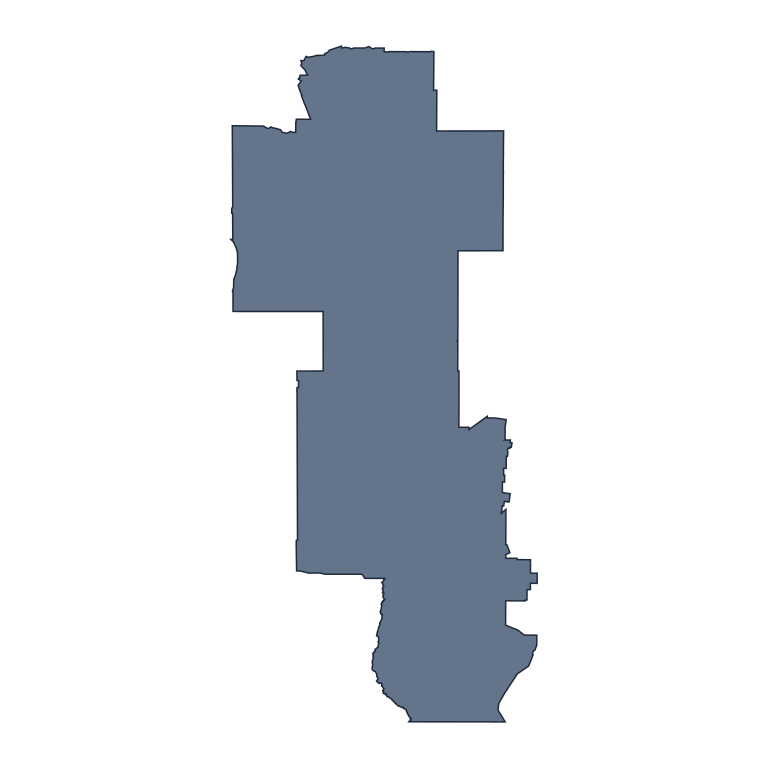 Yarriambiack, Victoria, Australia
{"feature_id": "25037944B93002214322562", "entity_name": "Yarriambiack", "entity_type": "district", "adm_level": 2, "iso_a3": "AUS", "parent_name": "Australia", "parent_adm1": "Victoria", "projection": "albers", "projection_center": [142.438, -36.026], "detail": "fine", "context": "isolated", "style": "filled", "palette": "slate", "viewbox_px": 768, "rotation_deg": 0, "n_neighbors": 0, "source": "geoboundaries", "source_scale": "gbopen_adm2", "svg_char_len": 5990}
<svg xmlns="http://www.w3.org/2000/svg" viewBox="0 0 768 768"><path d="M433.9,51.6L431.1,51.3L429.7,51.8L429.7,51.7L426.7,51.7L409.5,51.6L408.1,52.2L406.5,51.7L389.6,51.6L387.3,52.0L384.1,51.6L384.2,48.1L374.9,48.1L373.2,48.9L371.1,48.1L369.3,46.6L368.3,46.8L364.9,48.0L353.9,48.0L350.8,49.1L349.4,47.9L347.9,47.9L345.9,47.3L343.4,47.7L342.1,48.2L341.4,46.1L329.4,50.2L327.7,52.4L324.7,53.7L324.4,55.3L316.3,55.4L314.6,56.1L308.2,57.3L306.1,56.4L303.8,60.7L300.9,60.6L301.8,63.9L300.9,65.0L301.2,66.1L305.0,70.0L306.9,74.1L307.6,75.0L307.0,75.2L300.1,75.2L299.6,78.0L299.2,77.9L298.7,78.7L298.3,79.0L299.1,79.5L301.3,81.1L298.1,85.2L299.7,90.1L299.8,90.1L301.8,95.4L301.4,95.6L304.9,104.8L305.2,105.0L310.6,119.3L296.3,119.2L296.0,121.7L295.8,122.2L295.7,132.4L293.7,132.4L289.9,131.5L288.8,132.5L286.5,133.2L282.4,132.3L281.8,131.8L280.7,129.9L279.9,129.6L276.4,128.5L272.8,127.8L270.9,126.9L269.2,128.3L267.4,128.3L263.7,126.4L263.7,126.1L232.3,125.7L232.7,206.6L231.7,208.6L231.7,213.2L232.6,213.2L232.8,239.4L230.8,239.4L233.3,241.8L235.6,246.4L236.8,249.9L237.5,252.8L237.6,259.8L237.5,263.7L236.9,267.3L237.0,268.5L235.3,275.5L233.7,279.4L233.6,287.2L232.4,291.5L232.5,291.7L233.0,291.7L233.0,311.4L238.7,311.5L323.1,311.5L323.2,371.0L296.9,371.1L297.0,380.4L297.1,380.6L298.5,380.6L298.5,387.6L297.0,387.6L297.0,390.3L296.8,390.6L296.8,391.1L297.0,391.6L297.1,412.8L297.5,540.2L296.3,540.4L296.2,544.6L296.6,570.9L299.6,570.9L300.5,571.0L308.5,573.1L319.6,573.0L325.3,574.2L362.1,574.2L364.8,578.4L384.9,578.4L384.8,578.7L384.4,579.2L383.7,579.6L383.7,580.0L383.9,580.4L383.7,580.7L383.5,580.8L383.2,581.4L381.7,582.5L382.2,583.1L382.6,583.4L382.7,584.0L382.9,584.8L383.8,586.2L383.7,586.5L382.7,587.1L382.7,588.1L382.3,588.8L382.4,589.3L382.5,589.6L383.0,589.7L383.1,590.4L382.8,591.8L382.5,592.5L383.1,592.8L383.4,593.1L383.7,593.1L384.0,593.3L383.1,594.1L383.3,595.3L382.9,596.1L383.0,596.4L383.0,596.9L383.6,598.2L383.8,598.9L384.3,599.3L384.7,599.2L384.1,600.4L383.5,600.5L383.1,600.9L382.6,601.0L382.6,601.3L383.0,601.6L383.1,601.9L382.7,602.3L381.8,602.6L381.5,603.1L381.5,603.8L381.1,604.4L381.1,604.6L381.4,604.8L381.8,605.9L381.8,606.5L381.2,607.9L381.3,608.8L380.9,609.7L380.9,610.5L380.1,611.6L380.6,612.5L380.6,613.6L381.0,614.2L381.6,614.5L382.2,614.3L382.4,614.6L382.4,614.9L382.0,615.5L382.0,616.1L382.1,616.7L381.8,618.1L381.8,619.2L381.6,619.8L381.0,620.3L380.7,621.9L380.1,622.1L380.2,622.8L379.6,623.2L380.0,624.6L379.7,625.2L379.1,626.2L378.5,627.7L378.5,628.7L378.3,629.1L378.3,629.6L377.5,631.2L377.5,632.0L377.1,633.0L377.2,633.6L376.9,634.0L376.9,634.8L376.5,635.6L376.7,635.9L377.6,636.2L377.7,636.6L378.5,637.1L378.7,637.6L378.8,638.3L378.6,639.5L378.6,640.5L378.5,641.1L378.0,641.7L378.1,642.0L378.9,642.6L379.1,643.0L378.5,643.6L378.4,644.6L378.1,645.2L378.1,647.1L377.8,647.3L377.5,647.8L376.6,648.0L376.0,648.8L375.1,649.3L375.0,649.6L375.3,650.5L375.3,651.0L374.8,651.5L374.2,651.6L374.0,651.9L374.1,652.5L373.9,652.7L373.1,653.0L372.8,653.7L372.8,654.1L373.3,654.6L373.3,655.2L373.0,655.9L373.3,656.3L373.3,656.6L373.1,657.3L373.2,659.3L372.4,660.4L372.6,661.2L372.1,662.5L372.6,663.1L372.5,663.8L372.8,664.7L372.4,666.3L372.1,666.9L372.3,667.8L372.0,668.8L372.8,670.3L373.2,670.7L374.3,671.2L374.9,671.2L375.4,671.6L376.0,673.0L376.7,673.9L376.8,675.0L377.0,675.4L376.8,675.9L376.9,676.6L377.1,677.1L377.9,677.9L377.8,679.0L377.5,679.7L376.5,680.9L376.6,681.2L377.4,681.8L377.6,682.2L378.3,683.0L378.9,682.9L379.3,683.3L379.5,683.3L380.0,682.8L380.5,682.7L380.9,682.9L381.1,683.3L381.8,683.7L381.6,684.3L382.2,684.9L381.6,685.7L381.6,686.0L382.4,686.5L383.4,687.9L383.5,688.5L384.0,688.9L384.0,689.1L383.5,689.3L383.3,690.2L382.7,690.4L382.8,691.2L383.6,691.8L383.7,692.1L383.2,693.3L384.0,693.7L384.7,693.5L385.1,694.2L385.4,693.9L386.2,693.9L386.3,694.3L385.9,694.7L386.0,695.0L386.8,695.7L387.0,696.0L387.0,696.5L387.8,697.0L388.7,696.8L389.1,697.1L389.3,697.6L389.9,697.9L390.2,698.4L390.8,698.4L390.9,698.6L391.0,698.6L391.9,698.9L392.0,700.1L392.4,700.4L392.6,700.4L393.2,700.9L393.6,701.0L393.8,701.4L393.7,701.8L394.4,701.9L394.9,702.5L395.2,703.4L395.4,703.7L395.7,703.7L395.9,703.6L396.4,703.8L396.4,704.2L396.6,704.4L397.3,704.9L397.9,705.8L398.5,706.1L399.4,706.0L400.5,706.9L401.8,707.2L401.9,707.4L402.4,707.4L402.9,707.0L403.4,707.4L403.0,707.7L403.5,708.3L404.2,708.6L404.5,708.6L404.6,708.9L405.2,709.2L405.5,709.5L406.2,709.6L406.2,710.0L406.6,710.5L406.5,710.9L406.6,711.1L406.5,711.8L407.0,712.1L407.2,712.9L407.6,713.2L407.8,714.3L408.4,714.8L408.4,715.3L408.7,715.5L408.7,715.9L409.1,716.2L409.2,716.7L409.5,716.8L409.8,717.5L410.2,718.0L410.5,718.0L410.7,717.8L410.9,717.9L410.9,718.5L410.6,718.7L410.6,718.9L410.8,719.1L410.4,719.3L410.8,719.7L410.9,720.5L410.6,720.6L410.5,720.8L410.0,720.8L409.8,721.0L409.4,721.0L408.8,721.8L505.2,721.9L498.0,710.1L498.8,703.4L504.9,692.8L517.3,673.9L528.7,666.0L533.1,654.8L532.9,654.8L532.3,654.0L533.6,650.8L534.8,650.3L536.8,645.2L536.8,635.2L524.4,635.0L523.8,634.7L517.9,630.1L505.6,625.2L505.7,600.8L525.3,600.9L525.4,600.0L527.0,600.0L527.0,589.6L530.4,589.6L530.4,583.3L537.1,583.4L537.2,573.2L530.5,573.2L530.5,559.7L517.0,559.6L517.0,558.3L505.8,558.3L505.8,554.6L509.9,552.7L507.0,544.9L505.8,544.7L505.9,509.3L501.3,513.2L502.3,505.8L503.7,506.0L504.3,501.4L509.1,502.0L510.2,493.7L502.4,492.6L502.4,482.1L504.6,482.1L504.7,475.2L503.7,475.2L503.6,468.4L506.2,468.4L506.2,456.2L507.4,456.4L508.0,453.0L507.5,450.7L507.9,448.1L509.8,448.4L510.0,447.1L511.3,447.3L512.0,442.8L510.0,442.5L510.4,440.0L504.7,440.0L505.1,439.7L505.1,427.4L506.2,419.6L495.6,418.0L487.3,417.9L487.3,416.3L469.0,429.5L469.0,427.3L458.9,427.3L459.0,371.0L457.7,371.0L457.8,342.0L457.4,341.2L456.5,340.7L457.8,340.8L457.9,318.4L457.9,311.2L458.0,250.8L503.0,250.7L503.0,225.0L503.3,193.0L503.3,177.9L503.4,173.3L503.3,172.4L503.5,172.2L503.3,170.2L503.4,155.0L503.6,154.7L503.4,154.2L503.6,130.9L436.6,131.0L436.8,90.2L433.6,90.1L433.9,51.6Z" fill="#64748b" stroke="#1e293b" stroke-width="1.5"/></svg>